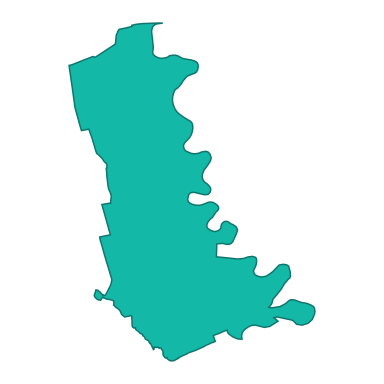 outline of Saucesti, Bacau, Romania
{"feature_id": "2599482B67210416797402", "entity_name": "Saucesti", "entity_type": "district", "adm_level": 2, "iso_a3": "ROU", "parent_name": "Romania", "parent_adm1": "Bacau", "projection": "robinson", "projection_center": [26.939, 46.661], "detail": "fine", "context": "isolated", "style": "filled", "palette": "teal", "viewbox_px": 384, "rotation_deg": 0, "n_neighbors": 0, "source": "geoboundaries", "source_scale": "gbopen_adm2", "svg_char_len": 5989}
<svg xmlns="http://www.w3.org/2000/svg" viewBox="0 0 384 384"><path d="M314.4,314.4L314.7,313.1L314.9,311.8L314.9,310.9L314.8,310.2L314.3,307.9L313.7,306.8L312.9,306.2L310.7,304.9L308.9,304.2L307.2,303.5L305.8,303.2L302.6,302.7L300.6,302.2L297.5,301.1L295.1,300.1L292.0,299.7L290.3,299.9L288.5,301.0L285.6,303.6L281.1,306.0L279.8,306.6L273.6,307.6L271.5,307.7L270.0,307.7L268.8,307.3L269.8,306.3L271.6,304.0L272.4,301.8L272.8,299.4L276.9,294.6L281.2,289.2L284.4,283.8L288.2,279.3L289.8,278.0L290.5,276.0L290.3,272.4L289.3,268.5L288.6,266.1L286.6,264.8L283.2,264.3L279.2,265.0L272.8,271.6L269.6,274.0L266.0,276.3L261.5,277.0L257.7,276.2L255.1,274.8L253.9,272.7L253.5,270.3L255.2,267.2L256.4,263.9L256.6,261.3L256.5,258.8L255.5,257.3L252.3,256.4L248.2,256.9L243.5,258.5L237.4,259.0L228.5,258.0L216.4,256.8L216.8,243.9L222.6,243.4L226.3,244.3L229.0,244.4L231.4,243.3L233.0,241.4L234.2,238.5L235.8,235.2L237.0,231.9L237.5,229.6L236.1,226.8L233.3,224.8L230.6,223.6L228.3,221.9L226.6,221.3L224.5,221.5L222.7,222.8L221.5,224.2L221.1,226.0L220.8,228.2L219.5,229.8L217.4,231.0L214.5,231.6L211.4,230.7L208.8,229.2L207.4,227.9L206.8,226.4L207.0,224.3L207.9,222.2L209.6,219.8L212.5,217.4L214.5,214.2L216.3,211.8L218.2,209.9L218.7,208.4L218.4,206.7L217.1,205.0L215.0,203.5L212.9,202.3L210.4,202.0L208.0,202.4L205.1,203.6L202.5,204.6L199.7,205.3L195.3,205.1L192.2,204.3L189.9,203.1L188.8,202.2L187.9,200.6L187.7,198.8L188.3,196.6L188.8,194.6L189.9,193.2L191.7,192.5L194.0,192.3L203.6,194.6L206.3,194.7L208.4,194.2L210.1,192.2L210.7,190.0L210.6,188.1L209.6,186.4L207.3,184.0L204.7,182.2L203.4,180.6L202.5,178.4L202.2,176.3L202.6,173.7L204.1,169.9L206.0,167.5L208.1,164.6L209.8,161.9L210.7,160.0L211.2,157.9L210.1,154.3L208.4,152.2L206.5,151.4L204.4,151.5L201.5,152.0L198.9,153.2L195.0,153.8L191.6,153.5L187.8,151.9L185.4,150.8L184.2,148.9L183.6,146.9L183.6,144.9L184.9,142.5L187.5,139.9L189.3,138.0L190.8,135.7L191.6,133.8L192.3,131.6L192.8,128.5L192.7,125.1L192.0,123.0L190.4,121.2L187.9,119.8L184.3,117.6L180.2,114.8L176.9,111.8L175.1,109.2L174.6,108.1L173.4,105.3L172.5,101.1L172.6,97.1L173.5,93.3L175.2,89.5L175.5,89.5L177.8,87.8L180.0,85.5L181.7,83.2L183.3,80.6L185.4,78.2L187.3,76.1L191.5,74.4L195.2,73.0L196.5,71.9L197.6,69.8L198.2,67.2L198.1,64.9L197.4,63.0L196.0,61.7L193.9,60.7L190.9,59.9L184.2,58.8L182.3,58.3L179.9,57.0L177.8,55.8L175.4,55.2L172.5,55.2L169.4,55.8L167.8,57.1L164.2,58.1L161.0,58.3L158.0,57.7L155.1,56.2L153.3,54.5L152.7,52.9L152.9,50.6L153.3,48.1L153.1,45.3L152.4,38.2L151.8,33.9L151.6,30.7L152.7,26.6L155.3,24.4L156.9,23.9L162.8,23.1L158.9,23.0L142.4,23.6L136.1,24.3L131.8,25.3L132.0,26.4L128.2,27.4L123.8,28.4L119.2,29.3L117.7,31.5L117.4,32.8L116.6,34.2L116.3,35.1L115.6,42.0L115.2,44.2L95.2,57.3L92.9,56.5L80.1,61.5L71.8,64.8L69.1,65.4L69.1,65.6L69.8,71.0L70.5,75.4L71.1,79.7L72.4,88.6L73.0,93.2L74.1,101.0L74.8,106.5L75.2,108.4L78.0,118.4L79.0,122.2L80.9,128.8L81.4,130.6L88.9,129.2L89.8,132.1L90.5,133.9L92.2,138.7L93.5,143.3L93.9,144.3L94.4,145.8L94.6,146.9L95.8,150.9L96.3,152.4L97.0,153.7L98.5,154.8L101.8,158.1L102.1,158.5L102.9,159.5L103.1,159.9L103.3,160.2L103.4,160.5L104.4,161.8L105.4,162.8L106.3,163.3L107.0,165.3L106.7,168.0L106.3,168.2L106.2,168.6L106.3,169.0L106.5,171.2L106.8,173.2L106.8,175.4L106.9,176.7L107.1,178.0L107.7,183.4L107.9,185.1L108.4,187.9L108.9,189.7L110.4,192.9L111.3,196.1L111.3,196.8L110.8,200.3L110.7,201.2L110.6,203.3L109.3,203.2L101.9,204.5L108.2,227.1L108.6,228.9L109.2,230.8L109.5,231.6L110.4,234.8L99.7,237.0L99.9,238.6L100.3,240.3L101.3,243.4L104.6,255.4L105.3,257.6L105.9,259.9L108.5,268.2L110.5,275.1L111.2,277.1L111.6,278.5L111.7,279.5L111.8,280.5L111.5,281.2L111.3,283.0L110.8,284.5L110.4,285.4L109.9,286.6L106.3,293.6L105.9,294.2L105.4,295.1L104.6,295.4L103.9,295.1L103.5,295.6L103.0,295.4L103.3,295.0L102.3,294.4L101.6,293.9L101.0,293.2L100.6,292.6L100.1,292.1L99.1,291.5L98.4,290.9L98.3,290.5L98.1,290.5L97.8,290.6L97.5,290.4L97.1,290.0L95.8,290.0L95.4,292.0L94.9,293.5L94.4,294.6L94.3,295.8L94.9,297.0L95.6,297.9L97.1,299.2L98.0,299.7L98.8,300.0L99.8,300.0L100.6,300.3L102.6,297.3L104.0,298.0L104.8,298.2L106.0,298.9L107.9,299.3L109.5,299.5L111.7,300.1L112.2,300.2L113.6,300.8L113.9,302.1L113.9,303.0L113.6,305.1L113.9,305.2L114.1,305.4L115.6,307.2L116.7,307.8L118.4,309.0L119.6,310.2L120.2,311.2L120.8,312.5L121.6,314.4L123.4,315.9L124.6,317.0L126.6,316.6L131.1,315.6L131.2,316.0L131.9,316.7L131.7,317.3L131.7,317.7L131.7,318.4L131.9,319.2L132.1,322.1L132.0,323.4L132.1,324.2L132.1,325.3L132.3,326.5L132.9,327.3L134.1,328.1L135.5,327.6L135.6,328.8L135.7,329.3L136.0,329.7L136.7,330.3L137.8,331.0L139.3,332.3L139.9,333.1L140.4,333.6L141.4,333.7L142.2,333.9L142.2,334.4L142.3,334.6L142.7,334.9L142.6,335.4L142.7,335.7L143.9,336.4L144.6,337.2L144.8,337.5L145.2,338.8L145.5,339.2L147.4,340.1L148.6,340.9L149.1,342.1L150.0,343.5L150.5,343.3L151.6,345.5L152.0,346.5L152.9,348.4L153.4,349.6L154.0,349.2L154.2,347.1L156.8,347.5L157.5,347.3L158.3,347.3L159.2,348.3L159.7,347.9L161.0,347.8L161.2,348.3L161.2,348.6L161.4,349.2L162.5,350.4L162.7,350.8L162.9,351.5L163.0,352.3L163.3,352.5L163.0,353.4L163.0,354.3L163.1,355.1L163.7,355.9L164.6,357.3L165.7,358.0L166.4,357.6L166.8,357.5L166.9,357.9L166.9,358.2L167.1,358.6L167.9,359.3L168.7,359.9L171.1,361.0L173.1,360.5L173.6,360.8L178.4,358.3L178.2,357.9L183.5,355.3L186.9,353.9L188.6,352.8L190.8,352.0L193.3,351.2L195.6,350.3L202.5,347.3L204.7,346.2L206.4,345.1L209.0,344.1L209.9,343.5L211.3,342.9L213.5,342.3L214.3,341.6L215.3,341.5L214.1,338.0L213.4,335.6L214.4,335.1L219.9,333.1L221.4,332.3L223.3,331.6L225.3,330.7L226.1,330.4L226.9,330.1L227.2,330.1L227.2,331.1L227.5,332.1L228.3,333.4L229.4,334.5L230.6,335.2L232.5,336.7L234.0,337.4L237.1,338.7L239.2,339.1L242.0,339.2L241.6,336.1L242.0,333.6L243.0,331.4L243.8,330.5L245.4,328.9L248.7,326.7L251.0,325.6L255.4,325.1L264.5,327.4L269.8,326.4L278.0,321.2L274.0,317.7L277.2,316.9L284.9,318.6L290.7,319.8L293.1,320.6L296.6,324.3L302.2,325.1L308.0,323.3L312.1,319.7L314.4,314.4Z" fill="#14b8a6" stroke="#0f766e" stroke-width="1.5"/></svg>